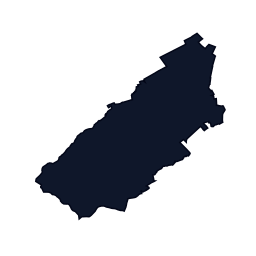 Sansimion, Harghita, Romania, rotated 350°
{"feature_id": "2599482B56401198532515", "entity_name": "Sansimion", "entity_type": "district", "adm_level": 2, "iso_a3": "ROU", "parent_name": "Romania", "parent_adm1": "Harghita", "projection": "natural_earth1", "projection_center": [25.853, 46.241], "detail": "fine", "context": "isolated", "style": "filled", "palette": "ink", "viewbox_px": 256, "rotation_deg": 350, "n_neighbors": 0, "source": "geoboundaries", "source_scale": "gbopen_adm2", "svg_char_len": 5736}
<svg xmlns="http://www.w3.org/2000/svg" viewBox="0 0 256 256"><g transform="rotate(350 128 128)"><path d="M64.1,209.1L67.0,207.4L71.7,208.0L73.7,208.5L74.4,208.6L74.8,208.5L76.7,207.5L80.8,204.5L81.5,203.9L82.2,202.9L82.8,202.3L83.4,201.6L84.8,200.6L86.3,200.3L88.4,200.2L90.3,200.5L91.0,200.8L91.7,201.1L92.6,201.8L93.4,202.2L95.2,202.9L95.9,203.2L97.9,204.2L98.8,204.5L100.6,205.0L101.0,205.1L101.6,205.3L102.0,205.6L102.5,205.8L103.8,206.7L104.6,207.1L105.5,207.5L106.2,207.9L107.8,208.2L109.0,208.6L109.8,209.2L112.0,205.8L113.0,203.6L113.6,201.8L115.1,198.9L115.6,197.6L118.1,197.5L119.9,197.6L122.7,197.6L123.6,197.4L124.5,197.1L125.3,196.6L125.7,196.4L126.0,196.3L126.4,195.9L126.8,195.7L127.1,195.4L127.3,195.3L127.5,195.2L127.9,195.1L128.5,195.0L129.6,194.8L130.1,194.9L130.2,194.1L130.7,193.6L129.6,192.5L130.2,192.1L131.7,193.5L132.4,193.3L133.4,192.9L134.3,192.8L134.9,192.2L135.4,192.4L135.8,191.8L136.4,192.0L137.2,191.6L138.4,190.8L138.1,189.9L136.0,188.3L141.1,186.1L141.8,185.8L142.3,185.7L144.6,185.1L145.4,184.8L144.2,184.5L143.9,183.7L144.4,183.4L144.4,183.0L144.4,182.6L144.4,182.0L144.3,179.8L144.2,178.6L145.9,178.6L146.3,178.5L147.2,177.7L147.4,177.3L148.7,176.3L148.4,175.8L149.1,175.5L150.9,174.6L154.0,173.7L154.4,173.2L155.2,172.4L155.8,171.8L156.1,171.9L156.7,171.8L157.3,172.0L157.5,172.0L158.2,171.8L158.8,171.8L159.1,171.9L159.7,172.2L160.5,172.1L160.8,171.9L162.1,171.6L162.5,171.8L162.8,171.9L163.4,171.8L164.3,171.8L164.8,171.9L165.2,172.2L165.4,172.2L165.7,172.1L165.8,172.0L166.1,171.9L166.2,171.6L166.3,171.6L166.6,171.5L167.2,170.9L167.2,170.7L167.3,170.5L167.6,170.4L167.7,170.5L167.8,170.4L168.0,170.3L168.0,170.1L168.3,170.1L168.3,169.7L168.8,169.5L168.8,169.4L168.5,169.1L168.6,168.9L168.8,169.1L169.1,169.1L169.3,169.3L169.5,169.4L170.9,169.4L174.3,168.7L176.1,168.5L176.4,168.3L176.5,168.2L176.5,167.9L176.5,167.7L176.9,167.3L177.3,167.3L177.3,167.0L177.7,166.4L177.9,166.3L178.5,166.2L178.9,166.1L179.0,165.9L179.4,165.6L179.5,165.6L179.6,165.8L180.0,166.1L180.4,166.1L180.5,165.9L180.7,165.6L180.9,165.3L181.1,165.3L181.4,165.5L181.5,165.6L181.8,165.8L182.3,165.7L182.6,166.0L182.8,165.9L182.9,165.6L183.3,165.4L184.0,164.9L183.7,164.4L184.7,163.8L184.5,163.0L183.3,161.2L182.1,159.3L176.5,151.2L180.6,149.0L182.9,152.1L183.0,151.4L183.7,149.4L185.1,148.3L199.6,139.0L201.9,142.2L202.0,142.3L201.7,142.5L202.7,143.8L204.1,143.0L205.1,142.5L206.5,141.9L205.3,139.5L203.7,137.5L203.2,136.7L203.6,136.4L203.7,136.1L205.9,135.8L208.6,135.6L208.5,136.9L209.5,137.0L209.9,137.7L210.2,138.5L210.2,138.8L210.2,139.4L210.1,140.5L210.2,140.8L210.9,141.2L212.0,141.4L212.5,141.3L212.6,141.2L212.5,140.7L213.7,140.4L214.5,140.0L215.0,140.1L215.4,140.1L215.9,139.9L218.7,139.6L218.8,140.0L219.2,139.9L219.6,139.7L222.3,138.8L222.2,137.8L222.4,136.2L223.3,131.8L223.5,131.1L223.9,130.3L224.1,130.0L224.6,129.4L226.5,127.3L226.7,126.9L226.7,126.6L225.9,124.1L225.7,123.0L224.8,122.6L224.2,122.7L223.6,122.6L222.0,122.0L221.4,121.9L220.9,121.6L220.6,121.3L220.4,121.2L219.1,121.0L219.3,120.6L219.3,120.2L219.5,119.0L219.8,116.3L220.0,114.4L217.8,114.4L217.8,111.2L216.8,110.9L215.9,110.5L218.5,109.7L217.1,105.7L216.3,106.4L216.3,105.9L214.2,102.7L215.4,99.8L216.4,99.0L216.3,98.6L217.3,95.6L218.1,92.9L217.7,92.8L222.0,82.1L221.7,82.0L226.3,72.6L226.5,72.4L225.9,71.6L223.7,69.6L228.1,63.3L222.2,59.8L219.7,61.6L217.8,63.3L214.7,59.7L213.2,57.5L212.3,55.8L212.2,55.6L216.9,53.1L215.8,51.7L212.4,46.8L208.4,48.4L207.0,49.0L207.1,49.3L198.7,51.8L199.2,54.0L199.4,55.5L198.5,55.9L178.8,61.9L171.9,64.0L176.8,74.2L168.2,77.0L161.6,79.5L152.5,82.7L152.8,83.3L151.8,83.7L152.1,84.2L152.4,84.9L152.6,85.6L152.2,85.2L151.1,84.4L149.7,84.1L148.6,84.2L147.5,84.6L147.7,85.3L148.1,86.7L148.1,86.9L145.0,87.2L145.3,88.6L145.3,88.9L143.4,88.9L142.7,91.6L142.3,91.9L142.4,92.0L142.1,93.2L141.1,93.2L141.3,93.8L139.7,94.2L139.9,94.9L137.8,95.3L137.7,95.8L137.5,96.0L137.3,96.1L137.1,96.5L137.2,97.2L137.0,99.4L137.2,100.8L136.2,100.9L135.6,100.9L135.5,101.0L127.4,101.9L127.1,101.7L126.0,102.0L124.7,102.7L122.7,102.7L121.2,102.6L120.5,102.5L119.3,102.5L118.7,100.9L117.5,101.0L115.1,101.6L114.6,101.6L113.1,101.9L111.6,102.5L112.4,104.6L113.0,104.5L113.9,103.9L115.2,103.7L115.4,103.7L115.4,105.2L115.3,106.0L114.4,106.6L113.9,106.7L110.9,108.2L110.4,109.0L110.0,109.4L109.4,110.0L108.7,110.1L107.8,111.2L108.7,111.5L107.9,112.7L107.0,113.2L103.4,115.2L102.5,115.6L101.6,116.0L100.7,115.7L99.7,116.3L99.2,116.9L98.7,117.3L97.2,117.9L96.4,118.6L95.8,118.8L95.3,119.1L95.0,120.0L93.5,121.8L92.8,122.3L91.2,122.2L89.4,122.1L87.6,122.3L86.1,122.6L84.6,123.2L83.5,124.3L82.6,125.0L80.8,125.0L78.6,126.3L77.5,126.8L76.5,127.5L76.4,127.8L75.8,129.0L74.7,129.8L73.5,131.2L72.8,132.5L72.3,133.2L71.3,133.7L70.2,133.7L70.0,133.8L69.5,134.2L68.2,135.5L67.6,136.4L67.3,136.7L65.4,137.6L64.5,138.2L63.1,139.4L62.3,140.4L61.3,141.2L60.2,142.1L58.7,143.0L58.2,143.1L56.9,144.2L55.7,144.6L55.3,144.9L55.0,145.2L54.9,145.5L54.7,146.2L53.7,147.9L53.1,148.2L52.2,148.6L50.1,149.3L48.0,150.1L46.9,149.7L46.3,149.3L45.0,148.9L44.7,148.8L44.1,149.0L43.4,149.0L43.0,149.0L40.9,150.2L38.3,151.3L37.8,151.5L37.2,152.0L36.6,152.8L36.3,153.5L35.9,154.9L36.0,155.9L36.0,156.5L35.8,156.9L35.1,157.6L33.4,159.1L31.8,160.2L29.6,161.6L28.7,162.3L27.9,164.6L32.8,169.0L32.4,170.2L31.9,170.5L31.8,171.3L31.8,171.6L32.6,172.1L33.8,176.4L37.5,177.1L39.1,177.5L39.4,177.7L41.2,179.0L41.3,179.5L42.0,180.4L43.8,180.9L44.3,181.3L44.9,181.7L45.5,182.2L46.4,183.6L47.6,184.6L47.8,185.2L48.7,186.3L48.9,187.0L49.0,187.5L48.9,188.2L49.6,189.4L49.9,190.0L50.7,190.8L51.6,191.6L54.7,192.3L55.8,192.4L56.8,193.4L57.2,194.3L57.9,196.2L58.2,197.7L58.8,198.9L59.5,199.8L61.7,201.2L64.3,205.3L64.1,209.1Z" fill="#0f172a" stroke="#020617" stroke-width="1.5"/></g></svg>